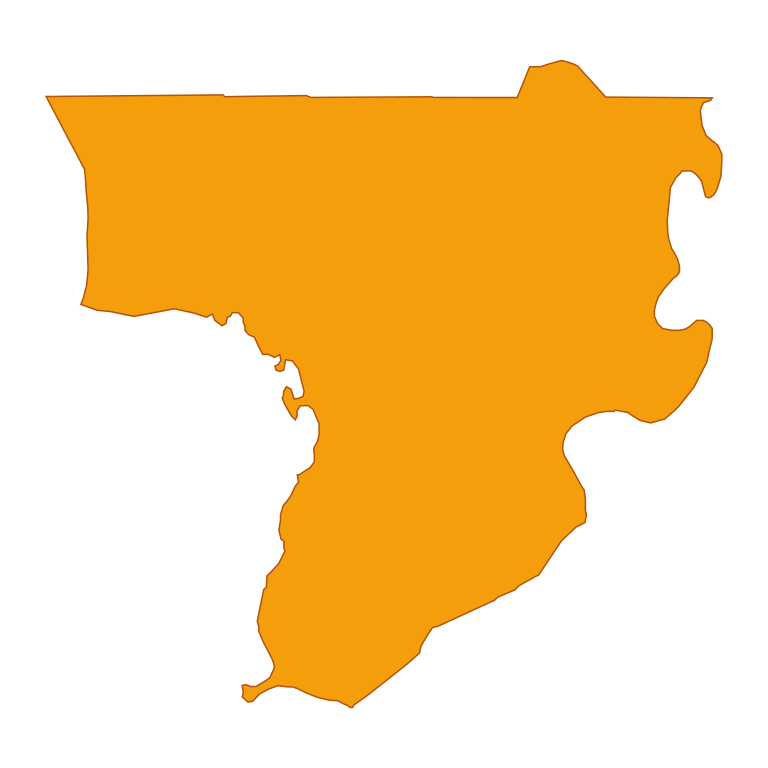 the district of Jokadu, North Bank, Gambia
{"feature_id": "56634734B78170872061000", "entity_name": "Jokadu", "entity_type": "district", "adm_level": 2, "iso_a3": "GMB", "parent_name": "Gambia", "parent_adm1": "North Bank", "projection": "robinson", "projection_center": [-16.187, 13.51], "detail": "fine", "context": "isolated", "style": "filled", "palette": "amber", "viewbox_px": 768, "rotation_deg": 0, "n_neighbors": 0, "source": "geoboundaries", "source_scale": "gbopen_adm2", "svg_char_len": 3920}
<svg xmlns="http://www.w3.org/2000/svg" viewBox="0 0 768 768"><path d="M351.6,707.4L352.7,707.4L353.8,705.0L367.0,695.7L394.4,674.1L406.9,664.2L414.6,657.4L419.5,653.0L421.2,645.7L428.2,634.0L428.2,633.6L429.3,632.4L432.6,627.5L438.1,626.2L475.8,608.8L494.6,600.2L497.9,597.1L515.4,589.6L518.7,585.9L536.2,576.0L538.4,575.4L561.4,540.9L576.1,527.0L584.9,522.6L586.5,514.7L585.4,510.4L585.4,499.3L584.8,494.4L584.2,490.1L580.9,485.2L573.7,471.7L567.6,461.3L564.3,455.8L562.6,449.1L563.2,442.3L565.9,433.7L566.8,432.6L572.4,425.7L585.6,417.0L598.2,412.7L604.2,411.7L605.9,411.4L614.1,411.4L615.2,410.1L624.6,411.9L627.9,412.5L632.3,415.6L640.0,420.4L650.5,422.9L655.4,421.6L659.2,420.4L664.7,419.1L670.2,414.2L674.0,411.1L679.0,406.1L693.7,387.6L698.6,378.1L706.8,362.1L709.5,349.8L712.2,338.7L712.2,332.0L712.2,328.3L709.4,324.6L706.6,322.2L703.3,320.4L701.7,320.4L698.4,320.4L696.7,320.4L689.6,326.6L685.2,329.1L679.7,330.3L672.1,330.3L662.7,328.6L657.7,323.7L654.4,316.3L654.4,310.2L656.0,303.4L658.2,297.3L664.2,288.6L672.9,278.8L673.5,278.2L676.2,276.3L678.4,273.8L679.5,271.4L679.5,266.5L677.8,259.7L673.9,251.8L671.7,248.7L668.9,239.5L667.8,233.4L667.2,221.1L668.9,203.5L669.6,195.9L670.4,187.6L670.8,186.9L675.8,177.8L680.2,173.4L681.0,172.2L681.8,171.0L691.2,170.9L695.0,173.4L698.9,177.6L701.7,181.3L703.3,188.1L705.6,196.6L708.3,197.9L710.5,197.2L713.8,194.8L715.5,192.3L717.6,187.4L720.9,176.3L721.4,169.6L721.9,159.1L721.9,154.2L720.2,150.5L718.0,145.6L714.7,142.6L712.0,140.7L705.9,135.3L704.8,132.2L702.0,125.4L700.3,110.7L701.4,107.0L703.5,102.7L710.7,100.2L712.3,97.8L708.5,97.8L607.0,97.1L605.7,97.1L588.9,78.5L580.5,69.3L577.6,66.0L577.5,65.9L577.4,65.9L576.5,65.5L572.5,63.6L565.8,61.5L561.8,60.5L558.3,61.4L557.6,61.6L548.3,64.1L541.1,66.6L529.7,66.8L526.3,75.2L517.2,97.5L516.5,97.5L510.0,97.5L480.8,97.5L432.9,97.4L432.0,96.8L353.5,97.2L311.0,97.4L308.1,96.3L306.1,95.6L258.7,96.2L224.7,96.7L223.1,94.9L166.7,95.4L134.5,95.7L47.4,96.5L46.1,96.5L55.5,114.3L67.9,137.9L74.3,149.8L77.5,155.9L77.5,156.0L77.7,156.4L84.7,169.6L85.2,175.9L86.0,187.5L86.2,191.1L87.3,202.4L87.8,207.6L88.1,218.7L88.0,220.1L87.6,227.2L87.0,235.2L87.3,245.8L87.5,250.5L88.1,269.9L86.6,285.4L83.7,296.5L83.1,298.9L81.6,302.5L80.9,304.4L84.1,305.6L97.3,310.3L108.9,311.4L111.2,311.7L129.0,315.4L133.9,316.4L136.4,315.9L154.3,312.6L155.3,312.4L174.0,308.8L176.6,309.3L193.8,313.0L206.3,317.1L206.5,317.2L212.5,314.1L214.7,320.2L221.9,325.7L225.8,323.8L227.4,317.1L230.1,316.4L232.3,312.7L238.3,312.7L243.3,318.2L243.3,322.5L245.0,326.2L245.0,330.5L246.0,331.6L246.7,332.4L248.9,334.8L254.4,337.2L258.2,345.5L258.8,347.0L262.7,354.3L268.2,354.3L274.3,357.3L279.8,354.8L280.9,360.4L278.1,364.7L274.9,365.9L276.0,370.2L279.8,371.4L283.7,370.2L285.3,361.6L285.3,359.7L292.4,360.9L294.9,364.2L298.5,368.9L304.1,391.5L303.0,396.5L298.6,398.3L294.2,399.0L290.9,389.2L286.5,386.7L283.8,391.0L283.2,396.6L282.1,397.8L284.9,404.5L289.4,412.5L291.6,416.2L295.4,419.8L297.1,416.1L297.0,411.2L300.3,405.7L306.4,405.6L308.0,405.6L313.0,409.3L319.1,423.7L319.1,434.7L317.5,441.5L314.2,447.0L313.8,449.9L313.7,450.7L314.3,455.0L314.3,461.8L310.5,467.3L309.9,467.7L299.0,474.8L297.3,474.8L298.5,482.1L295.2,486.4L290.8,495.7L287.0,501.2L283.2,505.5L280.5,514.8L280.5,520.3L278.9,530.1L281.1,539.3L283.9,541.1L283.9,548.5L285.0,551.0L280.7,559.6L278.5,563.9L268.6,574.4L267.0,575.9L266.5,583.9L266.5,587.0L263.8,589.4L258.4,615.3L257.3,621.4L259.0,627.5L258.5,630.6L263.4,642.2L265.1,645.4L270.1,655.1L272.3,659.4L274.5,666.1L273.5,669.8L269.7,677.8L265.3,680.9L256.0,686.5L251.6,686.5L250.5,686.5L246.1,684.7L242.2,685.3L242.4,686.6L243.3,692.7L242.3,697.0L243.0,697.6L247.8,701.9L250.0,701.9L252.7,701.2L259.8,693.8L269.1,688.9L277.9,685.7L287.8,686.9L292.8,686.9L297.7,688.7L306.5,693.0L317.0,697.2L321.9,698.4L329.1,700.2L337.9,700.8L343.4,703.8L347.8,705.6L350.0,707.5L351.6,707.4Z" fill="#f59e0b" stroke="#b45309" stroke-width="1.5"/></svg>